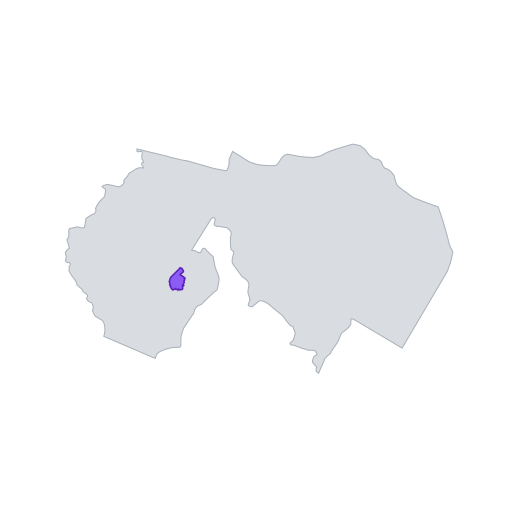 location of Chifunabuli, Luapula, Zambia, rotated 212°
{"feature_id": "96606910B92394332931396", "entity_name": "Chifunabuli", "entity_type": "district", "adm_level": 2, "iso_a3": "ZMB", "parent_name": "Zambia", "parent_adm1": "Luapula", "projection": "albers", "projection_center": [29.518, -11.09], "detail": "fine", "context": "in_parent", "style": "filled", "palette": "violet", "viewbox_px": 512, "rotation_deg": 212, "n_neighbors": 0, "source": "geoboundaries", "source_scale": "gbopen_adm2", "svg_char_len": 6383}
<svg xmlns="http://www.w3.org/2000/svg" viewBox="0 0 512 512"><g transform="rotate(212 256 256)"><path d="M331.2,332.3L311.7,332.3L304.6,333.9L298.8,336.3L291.9,340.0L287.9,342.6L286.8,344.1L286.2,347.3L286.3,352.2L285.6,355.8L283.5,359.0L273.0,363.0L266.1,366.3L259.4,370.1L254.3,375.1L250.9,381.2L245.2,388.7L233.2,402.2L226.2,404.8L220.3,404.2L213.2,401.5L207.6,401.0L203.5,402.8L199.6,402.3L196.1,399.6L193.1,398.6L190.7,399.4L187.7,399.3L182.0,397.8L177.1,393.1L174.5,391.2L172.5,390.5L166.7,389.8L153.3,388.9L139.6,391.5L127.5,394.2L114.9,383.8L102.8,372.8L100.2,370.0L95.6,366.3L92.3,364.5L91.1,363.6L87.6,353.6L85.6,344.4L83.3,255.3L138.2,254.1L141.8,253.6L141.9,252.7L139.3,248.0L139.4,246.3L140.0,243.0L142.3,236.5L142.4,234.3L141.2,227.3L141.2,223.4L141.7,215.4L141.2,212.7L142.5,209.2L142.9,206.8L143.4,205.7L142.7,203.0L141.4,193.6L140.7,189.7L144.0,190.2L145.1,192.1L145.8,194.2L147.3,194.3L151.3,195.5L152.7,197.2L153.6,201.0L153.1,203.0L151.9,204.6L153.2,205.9L155.8,206.8L157.4,206.5L161.8,203.8L165.8,202.8L167.9,202.1L177.0,200.3L178.8,199.3L180.1,199.3L181.0,200.0L180.2,202.7L180.0,205.1L181.2,209.6L182.1,211.7L184.0,213.2L185.4,214.0L186.9,215.6L190.1,215.2L197.1,217.5L199.2,218.5L202.2,219.5L204.3,219.9L211.5,220.6L219.1,221.8L223.0,221.9L225.8,221.5L227.8,220.9L229.0,220.1L229.5,219.5L232.3,210.9L233.8,210.2L235.6,209.8L236.8,210.6L238.0,215.9L243.6,220.8L245.5,224.8L246.9,228.3L248.1,229.3L250.2,230.5L253.5,230.9L256.5,231.0L271.3,236.9L272.9,238.0L274.7,241.1L275.8,244.7L277.0,247.6L278.9,248.1L280.6,248.3L282.3,250.2L283.6,251.9L288.0,259.0L288.6,261.8L290.7,263.6L293.6,264.4L296.2,264.5L297.7,263.7L301.5,262.2L304.4,260.6L306.6,260.0L307.9,260.3L308.8,261.5L309.5,265.0L311.5,266.2L313.1,265.7L313.7,264.3L313.7,263.6L313.7,226.9L312.4,227.2L310.7,228.2L306.8,228.3L305.2,229.1L304.8,230.3L305.1,231.8L305.1,233.9L304.6,234.9L302.9,235.3L300.4,234.5L295.9,233.4L292.1,232.8L289.4,230.0L285.8,225.9L283.4,223.8L277.6,219.5L276.6,218.6L274.9,216.6L273.4,213.2L271.9,209.2L271.1,206.7L272.5,202.8L275.8,190.0L276.6,186.1L279.4,182.0L279.6,178.4L278.4,173.8L278.7,171.3L279.1,156.7L278.3,152.1L276.4,147.0L272.1,139.9L272.2,138.4L278.6,133.8L280.5,132.0L283.9,128.3L286.1,125.1L287.6,122.5L288.1,119.2L287.0,116.0L289.2,115.4L342.5,107.2L343.2,109.4L344.8,113.1L346.7,115.7L348.9,118.1L350.9,119.5L352.2,119.9L360.4,119.8L363.3,121.3L365.9,123.1L366.5,125.9L368.2,127.6L370.0,129.0L370.8,129.2L372.1,128.9L374.3,128.8L376.3,129.5L377.3,130.1L377.4,132.4L378.0,133.5L380.7,133.9L383.6,134.1L386.3,135.7L389.2,136.0L392.6,136.7L394.2,138.4L397.8,140.2L402.2,141.8L407.0,144.4L407.1,145.2L407.9,146.8L408.8,147.9L408.8,149.5L409.2,151.0L410.5,151.3L411.5,151.5L412.5,150.4L413.8,150.4L415.2,151.1L415.7,152.9L416.8,155.2L418.5,156.8L419.7,158.3L419.3,161.1L418.5,163.6L420.9,166.2L424.0,168.6L424.9,169.7L425.1,173.2L425.6,174.4L427.7,177.4L428.7,179.3L428.6,180.5L422.8,186.2L419.2,187.1L417.6,188.2L416.7,189.5L418.9,195.3L420.1,197.5L419.0,200.3L416.7,204.9L415.6,205.3L415.4,208.8L416.1,210.2L417.2,211.2L417.6,213.6L417.5,219.6L415.9,226.3L418.5,232.3L419.3,232.9L422.9,233.0L423.5,233.5L422.6,235.2L420.1,237.8L415.5,239.7L408.9,241.9L407.5,244.0L406.6,247.1L407.3,249.0L408.2,250.0L407.9,252.7L407.3,255.6L407.5,257.9L407.1,259.8L406.3,260.8L405.1,263.8L403.6,266.8L402.5,268.2L400.9,269.6L398.3,270.8L398.3,271.4L401.2,272.8L402.0,273.8L402.2,274.5L401.0,276.0L402.3,276.9L404.0,277.7L405.5,279.7L407.3,283.5L407.6,283.9L408.1,284.0L409.1,283.6L410.9,282.1L412.2,281.5L413.7,283.7L386.4,292.8L379.9,294.7L370.4,297.9L367.2,299.1L364.7,300.3L339.4,307.5L335.4,308.9L326.4,312.6L326.1,313.2L326.2,314.9L327.0,318.4L328.6,321.6L329.9,323.4L330.7,328.1L331.2,332.3Z" fill="#d9dde1" stroke="#a8b0b8" stroke-width="1"/><path d="M316.3,189.4L315.9,188.1L315.5,188.0L315.1,187.8L315.0,187.6L314.8,187.3L314.7,187.2L314.5,186.9L314.3,186.8L314.3,186.6L314.2,186.5L314.2,186.3L314.2,186.2L313.8,186.0L313.7,186.0L313.5,185.9L313.3,185.8L313.3,185.7L313.2,185.6L313.1,185.2L312.7,185.3L312.7,185.2L312.3,184.9L312.2,184.8L312.1,184.6L312.0,184.4L311.9,184.4L311.6,184.3L311.4,184.3L311.3,184.2L311.2,184.1L311.1,183.9L310.9,183.9L310.7,183.7L310.4,183.5L310.1,183.4L309.9,183.4L309.7,183.4L309.4,183.4L309.4,183.2L309.2,183.2L308.9,183.2L308.7,183.3L308.6,183.2L308.4,183.2L308.3,183.3L308.2,183.4L308.1,183.6L308.0,183.8L308.0,184.0L307.9,184.3L307.8,184.5L307.6,184.7L307.6,184.8L307.6,185.0L307.6,185.3L307.5,185.1L307.4,185.1L307.2,185.2L306.9,185.2L306.7,185.2L306.7,185.3L306.6,185.2L306.4,185.2L306.3,185.3L306.3,185.5L306.2,185.5L305.9,185.5L305.7,185.6L305.4,185.6L305.2,185.7L305.2,185.8L304.9,185.8L304.7,186.0L304.5,186.3L304.4,186.3L304.3,186.2L304.3,186.3L304.2,186.2L304.2,186.3L303.9,186.3L303.8,186.5L303.7,186.5L303.4,186.7L303.3,186.8L303.1,186.8L303.1,187.0L302.8,187.2L302.8,187.3L302.7,187.3L302.4,187.4L302.2,187.3L301.9,187.5L301.7,187.7L301.6,187.8L301.4,188.0L301.2,188.3L300.9,188.4L300.9,188.5L300.9,188.9L300.8,189.1L300.8,189.5L301.0,189.7L301.1,189.8L301.3,190.1L301.8,190.6L301.9,190.8L301.9,191.1L301.9,191.3L301.8,191.5L301.7,191.7L301.7,191.8L301.7,192.0L301.8,192.3L302.0,192.4L302.2,192.5L302.3,192.5L302.2,192.6L302.3,192.6L302.5,192.7L302.6,192.8L302.8,192.9L302.9,193.0L302.9,193.3L302.8,193.5L302.7,193.5L302.7,193.9L302.6,194.0L302.6,194.3L302.6,194.5L302.7,194.8L302.8,194.9L302.8,195.0L302.8,195.3L303.0,195.4L303.0,195.5L303.3,195.9L303.3,196.0L303.6,196.5L303.8,196.6L304.0,196.7L304.0,196.8L304.0,197.0L303.8,197.1L303.7,197.2L303.7,197.4L303.7,197.5L303.8,197.8L303.9,198.0L304.0,198.0L304.1,198.4L304.3,198.5L304.2,198.6L304.2,198.8L304.3,199.0L304.4,199.3L304.4,199.5L304.6,199.7L305.0,199.6L305.3,199.6L305.5,199.5L305.6,199.8L305.8,199.8L306.0,199.8L306.3,199.8L306.5,199.9L306.8,199.9L306.9,200.0L307.0,200.0L307.3,200.0L307.3,199.9L307.5,199.9L307.9,199.9L308.2,199.9L308.5,199.9L309.1,199.8L309.5,199.9L309.9,199.9L310.2,199.9L310.3,199.8L310.5,200.0L310.4,200.5L309.8,202.1L309.8,202.3L309.7,202.4L309.5,203.0L309.4,203.3L309.4,203.6L309.3,204.1L309.3,204.3L309.4,204.6L309.6,204.8L309.9,205.1L311.4,205.7L311.5,205.7L311.7,205.9L312.0,206.0L312.2,206.3L312.3,206.3L312.6,206.2L313.1,206.0L314.1,205.8L314.4,205.7L314.7,205.8L314.6,205.7L314.4,205.2L314.2,204.8L314.3,204.4L317.0,192.9L317.0,192.5L317.0,192.1L316.9,191.8L316.3,189.4Z" fill="#8b5cf6" stroke="#5b21b6" stroke-width="1.5"/></g></svg>